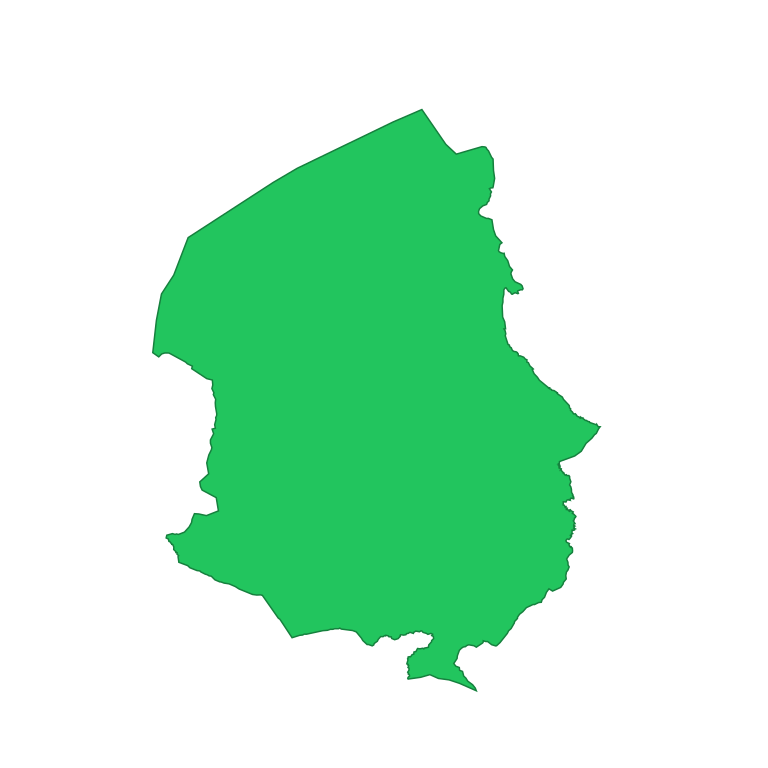 outline of Pru East, Brong Ahafo, Ghana, rotated 291°
{"feature_id": "2480657B24672710685383", "entity_name": "Pru East", "entity_type": "district", "adm_level": 2, "iso_a3": "GHA", "parent_name": "Ghana", "parent_adm1": "Brong Ahafo", "projection": "robinson", "projection_center": [-0.909, 8.134], "detail": "fine", "context": "isolated", "style": "filled", "palette": "green", "viewbox_px": 768, "rotation_deg": 291, "n_neighbors": 0, "source": "geoboundaries", "source_scale": "gbopen_adm2", "svg_char_len": 6171}
<svg xmlns="http://www.w3.org/2000/svg" viewBox="0 0 768 768"><g transform="rotate(291 384 384)"><path d="M653.8,321.0L632.0,298.7L554.3,225.7L532.7,208.5L450.5,148.7L410.4,148.7L388.3,144.0L361.9,148.7L330.4,156.9L328.6,164.0L332.4,165.7L334.4,168.2L335.8,171.9L335.7,173.6L333.4,190.9L332.4,193.2L332.0,198.7L329.4,199.0L325.5,216.6L326.2,222.3L321.7,224.5L318.0,225.0L314.9,228.3L312.9,228.5L309.5,232.3L306.0,233.2L302.5,234.8L296.1,238.6L294.4,239.1L292.3,238.9L290.6,239.9L285.3,240.5L282.3,242.4L280.3,239.7L276.5,242.8L269.6,242.0L266.5,243.2L263.0,246.1L260.7,246.4L255.0,245.9L246.8,246.8L237.3,252.5L226.6,247.1L222.5,249.4L219.8,252.2L217.8,268.1L206.2,274.9L197.5,265.4L196.3,257.7L195.0,253.5L188.9,253.3L185.7,254.0L180.7,253.3L174.2,250.8L169.9,246.0L169.6,243.9L168.7,242.9L168.5,240.1L165.0,235.4L162.2,235.8L162.0,238.2L160.0,239.6L160.2,240.4L159.1,242.0L159.0,242.9L158.2,243.3L158.3,244.4L156.5,246.2L154.1,247.0L152.8,250.0L152.1,250.1L152.3,251.4L151.0,251.7L150.1,253.8L149.0,253.6L144.0,256.4L144.1,265.8L142.9,268.6L142.8,276.3L143.5,279.0L142.9,280.4L142.4,285.3L142.6,287.4L142.2,289.3L142.7,291.6L140.6,296.3L140.4,301.5L140.8,302.9L140.8,305.9L141.9,311.0L141.6,317.8L140.7,322.2L140.4,336.7L141.4,340.9L142.9,344.3L143.1,346.2L127.5,369.3L127.1,371.1L114.2,389.1L119.2,395.4L120.5,398.0L121.9,399.2L122.7,401.4L131.8,415.3L133.8,419.5L135.8,421.9L136.7,424.2L137.9,425.7L139.2,429.2L140.3,430.2L139.9,431.9L142.6,443.0L142.6,447.0L138.7,453.9L136.9,456.2L134.7,461.6L135.2,462.7L135.3,466.8L136.6,467.9L138.3,467.9L141.5,470.0L143.4,470.1L147.0,471.4L147.8,473.7L149.3,474.7L149.4,475.7L150.1,475.8L150.4,478.4L149.8,479.1L150.5,481.4L149.2,482.4L149.1,485.6L151.3,488.4L154.4,489.6L155.1,489.1L155.9,489.4L156.6,492.3L157.8,494.3L159.0,494.5L159.9,496.0L161.5,497.2L161.7,500.8L162.8,500.8L164.7,502.2L165.4,505.9L166.7,506.9L167.0,507.7L166.1,509.5L166.4,512.9L166.0,514.7L168.0,517.2L167.8,519.1L166.2,518.7L166.1,520.5L164.0,521.6L161.6,520.4L160.4,520.8L156.5,519.3L154.1,519.8L151.8,516.2L151.0,516.1L151.1,514.7L149.7,512.5L149.1,510.1L145.7,509.7L144.5,508.0L142.5,508.6L141.4,507.2L138.9,506.6L138.4,505.1L137.6,504.3L136.8,504.8L135.9,504.5L134.9,505.3L130.9,505.6L130.9,507.0L130.2,507.0L129.9,508.0L127.9,508.0L127.7,509.1L125.8,509.9L123.4,509.4L122.8,510.5L122.0,510.5L121.7,511.8L120.5,512.5L119.0,511.7L117.8,511.6L117.2,512.3L123.3,523.3L129.1,531.0L128.6,540.3L131.1,550.8L131.6,561.7L130.7,580.1L132.8,578.2L135.0,574.5L136.6,568.7L138.8,565.8L139.9,563.1L143.8,560.3L143.8,557.2L146.3,555.9L146.3,552.1L148.1,549.3L153.9,550.6L156.5,549.9L162.4,549.8L165.1,551.0L167.0,552.4L168.0,554.2L169.5,555.0L170.9,556.6L171.9,561.8L171.4,564.5L177.6,568.9L179.0,569.1L179.9,568.7L180.0,571.2L180.7,573.1L179.2,577.9L179.5,582.1L180.0,582.9L184.2,585.0L195.3,588.5L198.3,588.8L201.2,590.3L207.5,591.3L209.0,591.0L212.9,592.6L214.3,592.2L217.7,593.1L221.2,595.2L226.3,597.1L231.6,602.2L232.0,603.5L235.4,606.7L236.6,609.1L239.3,608.9L242.4,610.3L247.7,610.3L251.9,611.4L251.1,615.6L257.5,621.9L261.4,622.9L263.1,622.6L267.3,624.0L270.2,622.4L273.9,621.7L276.1,622.4L279.6,622.4L281.0,620.7L283.5,619.6L286.1,617.2L290.7,618.2L294.2,620.2L295.7,619.9L298.4,618.6L298.5,616.6L299.2,616.8L299.0,615.4L300.4,614.2L301.5,614.3L301.7,611.2L302.9,609.9L304.6,610.3L305.2,611.1L305.1,612.4L306.3,612.9L308.9,613.6L309.5,612.4L310.1,613.2L310.9,612.7L311.9,613.7L312.2,612.9L315.0,612.0L315.4,613.6L316.2,614.2L316.8,613.6L317.3,614.3L317.5,612.7L318.5,612.9L319.1,612.3L319.8,613.1L320.2,611.7L321.6,611.6L322.1,612.4L324.1,609.8L325.0,610.2L327.3,609.9L327.8,610.5L329.2,610.6L330.7,607.2L330.7,606.3L332.4,606.5L332.6,604.4L333.4,602.9L333.0,602.5L332.1,603.2L331.5,602.7L332.5,600.9L332.2,599.3L333.7,599.6L333.6,597.8L334.7,597.8L334.2,596.9L335.4,595.9L335.3,594.6L338.3,593.6L339.1,596.2L340.9,596.3L341.7,596.9L342.1,599.2L342.6,598.4L343.2,599.3L344.5,599.5L344.7,601.8L345.2,601.4L345.4,602.1L346.5,601.6L347.3,600.3L346.8,599.8L348.0,600.3L350.1,597.9L352.9,596.7L354.9,595.3L356.3,593.4L359.7,593.5L362.5,591.1L364.1,590.5L364.8,589.4L364.1,587.5L364.6,586.7L363.8,585.9L364.8,584.1L365.3,584.0L365.2,583.0L365.7,582.9L366.2,581.4L367.6,580.1L367.2,579.7L368.3,579.8L368.1,578.8L368.8,578.4L368.3,577.7L369.4,577.0L370.2,577.7L370.8,575.8L371.4,576.9L372.1,575.6L372.5,576.1L374.5,575.6L385.2,587.9L392.0,592.3L401.0,593.9L407.9,597.5L412.1,598.7L413.9,599.9L419.1,600.4L421.5,601.1L420.9,599.2L422.6,597.0L422.1,597.0L422.0,595.6L421.8,589.7L422.4,589.3L422.1,587.3L422.6,586.3L422.2,585.1L423.0,582.3L423.6,582.0L423.1,580.4L423.6,579.5L422.5,579.5L422.5,578.9L423.2,577.8L423.0,576.9L423.5,575.0L424.0,574.8L424.8,573.2L424.2,572.4L424.1,571.5L425.3,570.1L426.4,567.4L427.7,567.2L428.2,565.8L430.3,564.6L434.0,557.0L435.7,555.2L436.9,549.8L437.9,549.1L437.5,548.6L438.2,547.9L438.8,545.1L438.3,542.8L438.9,542.2L438.9,540.5L439.5,540.3L439.2,539.5L439.7,539.6L439.5,538.8L443.2,527.7L445.3,524.8L447.4,520.4L450.6,517.3L451.5,518.0L453.2,513.7L455.7,511.1L455.7,509.5L457.9,508.7L457.8,507.2L459.1,504.8L459.1,501.2L458.5,499.4L460.3,498.4L460.5,497.7L461.1,497.3L461.4,495.8L460.9,493.2L461.7,491.4L463.4,489.9L463.9,488.0L465.3,487.1L465.4,485.6L472.5,479.9L474.5,479.7L477.0,478.1L478.4,476.3L479.1,477.7L485.3,474.4L489.0,470.8L499.5,466.2L503.0,465.7L506.6,464.3L510.7,463.7L515.0,462.1L517.1,462.7L517.6,463.4L515.1,467.2L515.1,468.8L513.7,470.9L513.8,471.6L516.2,473.6L516.3,476.6L516.8,477.0L518.3,475.5L518.9,475.5L521.1,478.0L521.4,479.3L522.7,479.7L525.1,477.8L526.0,476.0L526.4,469.7L528.2,466.5L532.3,463.0L534.0,462.7L536.5,463.1L538.7,459.1L543.4,455.4L546.4,451.0L549.1,449.3L548.6,448.6L548.4,446.3L548.7,444.1L549.5,443.1L555.8,442.1L558.1,443.5L562.3,435.2L567.4,430.9L576.0,425.9L576.0,422.0L575.3,420.3L575.6,414.1L577.0,411.3L579.2,410.4L582.0,410.4L585.7,412.4L588.4,415.4L590.6,415.4L592.6,416.4L594.3,415.8L597.8,416.1L599.7,415.2L601.8,415.5L604.1,412.4L605.2,413.3L606.2,415.3L607.4,415.2L615.6,413.6L622.6,409.7L633.1,405.2L634.2,403.2L639.1,398.0L639.9,396.2L641.4,394.4L641.5,393.3L640.7,390.4L624.5,369.1L629.9,355.8L653.8,321.0Z" fill="#22c55e" stroke="#15803d" stroke-width="1.5"/></g></svg>